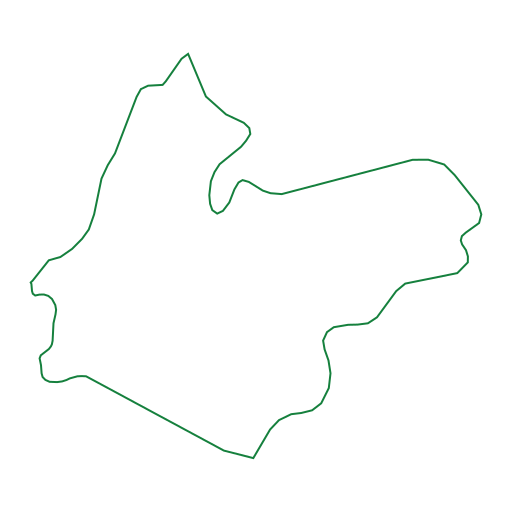 outline of Aïn Témouchent
{"feature_id": "DZA-2144", "entity_name": "Aïn Témouchent", "entity_type": "Province", "adm_level": 1, "iso_a3": "DZA", "parent_name": "Algeria", "parent_adm1": "", "projection": "albers", "projection_center": [-1.072, 35.355], "detail": "fine", "context": "isolated", "style": "outline", "palette": "green", "viewbox_px": 512, "rotation_deg": 0, "n_neighbors": 0, "source": "natural_earth", "source_scale": "10m", "svg_char_len": 1387}
<svg xmlns="http://www.w3.org/2000/svg" viewBox="0 0 512 512"><path d="M30.7,282.5L32.6,280.7L48.8,260.3L60.4,257.0L72.1,248.9L82.1,238.8L88.8,229.5L94.1,214.4L101.5,178.6L107.8,165.1L115.0,153.4L136.6,96.9L140.9,89.1L148.1,85.7L162.6,84.9L165.8,81.3L181.6,58.7L188.1,53.9L188.7,55.3L205.9,96.5L226.0,114.4L243.8,122.8L249.3,128.1L250.3,134.0L246.1,140.7L241.1,146.7L219.6,164.2L214.5,172.1L210.9,181.2L209.3,195.2L210.1,203.8L212.3,210.1L217.2,213.6L222.9,210.9L229.3,202.5L234.4,189.4L238.5,182.5L242.5,180.1L248.8,181.9L262.8,190.6L270.5,193.2L281.7,194.1L412.6,159.8L428.2,159.7L444.2,164.5L454.7,175.1L478.3,204.8L481.3,214.4L479.1,223.0L465.8,232.6L461.9,236.1L460.8,240.4L462.1,244.4L466.0,250.2L467.9,256.4L467.8,262.4L457.3,273.1L405.2,283.6L396.2,291.1L377.0,317.3L367.9,323.3L357.5,324.6L348.1,324.8L333.8,327.2L327.0,332.1L323.1,340.6L324.6,349.4L328.5,360.5L330.5,373.3L328.8,388.1L321.2,403.3L312.1,410.3L301.2,413.0L291.2,414.2L279.0,420.1L270.1,429.5L253.3,458.1L223.9,450.6L86.1,376.3L81.7,376.1L77.4,376.3L69.8,378.4L66.5,380.0L62.2,381.4L57.1,382.1L49.6,381.8L45.4,379.9L42.6,377.0L41.6,373.3L41.0,365.2L39.6,358.3L40.8,355.3L48.9,349.0L50.9,346.4L51.9,344.3L52.6,340.8L53.5,323.2L55.5,314.4L56.1,309.8L55.3,305.1L52.0,299.0L48.3,295.9L43.9,294.5L39.5,294.6L35.2,295.5L32.8,293.7L32.0,291.0L31.4,283.9L30.7,282.5Z" fill="none" stroke="#15803d" stroke-width="2"/></svg>